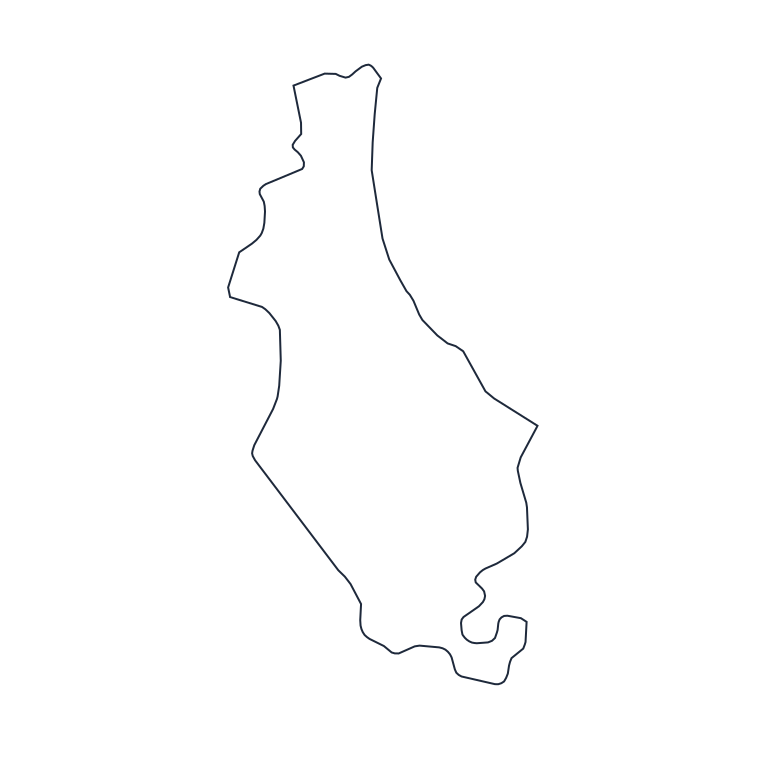 Sousse, Albers equal-area conic projection, rotated 349°
{"feature_id": "TUN-119", "entity_name": "Sousse", "entity_type": "Governorate", "adm_level": 1, "iso_a3": "TUN", "parent_name": "Tunisia", "parent_adm1": "", "projection": "albers", "projection_center": [10.439, 35.896], "detail": "fine", "context": "isolated", "style": "outline", "palette": "slate", "viewbox_px": 768, "rotation_deg": 349, "n_neighbors": 0, "source": "natural_earth", "source_scale": "10m", "svg_char_len": 2199}
<svg xmlns="http://www.w3.org/2000/svg" viewBox="0 0 768 768"><g transform="rotate(349 384 384)"><path d="M439.4,83.5L433.9,92.0L426.4,117.2L419.0,144.6L412.7,171.8L411.5,205.8L410.3,240.9L412.9,262.8L419.8,285.3L423.8,297.2L426.4,301.4L428.8,307.9L431.8,322.5L433.9,328.5L445.6,346.5L454.2,356.3L461.6,360.5L468.0,367.0L482.2,410.6L489.4,419.3L526.7,454.3L525.4,456.0L504.2,482.1L499.1,491.8L498.8,494.8L499.0,507.1L501.0,527.7L500.8,532.4L497.5,554.2L495.3,561.2L492.6,566.0L488.3,569.6L479.6,575.0L460.4,581.8L448.4,584.5L445.5,585.5L442.3,587.2L437.7,590.8L436.2,593.5L436.2,596.3L441.2,603.5L442.7,606.7L442.8,611.3L441.5,614.4L439.5,616.9L434.8,620.3L417.6,627.9L415.3,630.0L414.0,633.3L413.2,640.6L413.2,644.8L413.5,645.7L414.9,648.5L416.5,650.8L418.6,652.9L421.0,654.6L423.6,655.6L425.7,656.2L436.8,657.5L441.0,656.7L444.5,654.5L447.4,649.5L448.6,647.1L450.5,640.9L451.2,639.3L452.6,637.1L454.8,635.5L457.6,634.6L460.9,635.0L473.7,640.0L478.6,644.7L473.7,664.3L472.5,666.6L470.2,670.3L456.9,677.4L454.7,680.8L453.0,684.3L450.3,691.9L447.8,695.8L445.1,698.9L442.1,700.1L438.8,700.5L435.6,699.8L404.3,685.9L401.8,683.8L399.9,681.2L399.1,677.6L398.2,665.3L397.2,661.9L395.6,659.0L393.6,656.5L391.1,654.6L388.0,653.1L369.0,647.6L364.1,647.4L347.0,651.3L343.2,650.5L340.3,649.0L333.9,641.2L321.2,631.5L319.0,629.2L317.1,626.7L315.8,623.5L315.1,620.2L314.9,616.7L315.6,611.3L319.5,595.6L313.0,574.0L308.8,565.6L303.6,558.1L242.9,434.3L241.4,429.6L241.3,426.9L242.2,424.4L245.0,419.3L270.4,387.3L276.1,378.2L277.2,375.9L280.8,365.7L287.1,341.5L292.1,311.0L291.4,306.6L289.7,301.6L285.0,292.5L281.8,288.0L279.0,285.1L249.5,269.3L249.4,259.5L267.0,227.1L281.2,221.0L286.3,218.2L290.9,214.7L292.8,212.5L295.2,208.5L297.3,203.0L300.1,192.0L300.8,186.5L300.8,182.1L298.3,173.9L298.5,171.3L299.8,168.7L303.4,166.4L306.3,165.2L344.7,157.3L346.8,155.0L347.7,151.1L346.0,144.1L343.6,140.0L341.0,136.8L339.7,134.4L340.0,131.8L343.1,128.4L350.4,122.8L352.4,111.7L352.1,73.8L369.6,70.7L385.0,68.0L395.8,70.4L399.2,73.0L404.7,75.9L408.2,75.8L411.8,74.1L415.7,71.7L422.8,68.3L426.8,67.5L429.9,67.6L431.7,68.9L432.7,70.0L433.7,71.4L436.6,77.6L439.4,83.5Z" fill="none" stroke="#1e293b" stroke-width="2"/></g></svg>